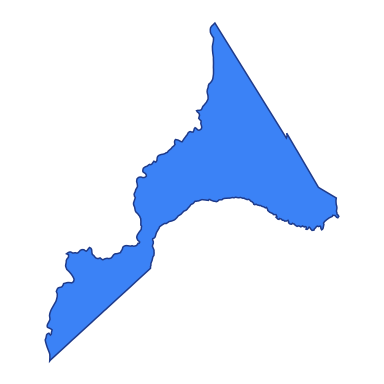 Nova Esperança do Piriá, Pará, Brazil (Robinson projection)
{"feature_id": "56859067B92055501543930", "entity_name": "Nova Esperança do Piriá", "entity_type": "district", "adm_level": 2, "iso_a3": "BRA", "parent_name": "Brazil", "parent_adm1": "Pará", "projection": "robinson", "projection_center": [-46.972, -2.395], "detail": "fine", "context": "isolated", "style": "filled", "palette": "blue", "viewbox_px": 384, "rotation_deg": 0, "n_neighbors": 0, "source": "geoboundaries", "source_scale": "gbopen_adm2", "svg_char_len": 5985}
<svg xmlns="http://www.w3.org/2000/svg" viewBox="0 0 384 384"><path d="M286.7,133.2L287.1,135.8L286.3,138.0L257.3,91.3L219.0,29.7L214.9,23.0L214.0,23.9L213.1,24.8L211.7,26.1L210.6,27.7L210.3,29.3L210.3,30.5L210.4,32.3L211.0,33.8L212.1,35.7L212.7,36.8L213.5,37.4L213.5,39.3L213.4,41.0L213.1,42.6L212.6,45.0L212.4,46.5L212.5,50.3L212.8,53.3L213.1,55.2L213.4,57.2L213.4,59.2L213.5,63.0L213.4,67.5L213.5,69.3L213.5,73.4L213.4,74.7L213.1,76.8L212.8,78.7L212.4,79.8L211.7,81.1L211.1,81.9L210.0,83.2L208.9,84.1L208.3,85.8L208.2,87.2L207.3,89.8L207.1,91.6L207.3,93.1L208.0,95.7L208.1,98.1L208.0,99.2L206.3,102.5L205.4,103.4L204.7,104.4L203.8,105.4L203.0,106.2L202.5,107.1L202.2,108.0L201.5,109.4L200.8,110.0L199.2,110.4L197.9,110.3L196.6,110.7L197.4,112.0L198.5,112.8L199.3,113.9L199.5,115.5L198.7,118.3L199.9,119.8L200.9,120.6L201.1,121.8L200.8,123.2L201.0,124.3L201.6,126.1L201.7,127.6L201.3,128.9L199.6,130.1L198.3,130.2L197.1,129.3L196.3,128.4L195.1,127.7L194.2,128.9L193.9,130.5L193.0,132.1L191.8,132.1L190.5,131.6L189.6,131.7L188.3,132.6L187.6,133.9L187.1,134.9L186.4,135.6L185.8,136.5L183.9,139.0L182.2,141.7L181.2,141.7L178.2,140.1L175.6,139.5L174.9,140.3L174.5,141.8L174.7,143.5L175.0,144.4L173.8,146.0L172.2,147.2L171.4,148.4L168.3,151.0L167.4,152.4L166.0,152.8L165.3,153.4L163.4,154.1L161.1,154.5L159.0,155.3L157.7,156.4L157.2,157.8L156.9,160.6L155.7,162.2L153.9,161.2L152.5,163.1L152.0,163.9L150.8,164.7L149.6,164.4L148.7,164.9L147.2,166.1L145.3,166.8L144.3,167.5L143.4,168.2L143.0,169.3L142.8,170.6L142.9,171.7L143.7,172.4L144.5,172.9L145.5,173.7L146.1,174.6L146.4,176.0L145.6,176.9L144.3,177.5L142.8,177.6L141.4,177.1L140.1,177.0L138.4,177.5L137.0,178.9L136.6,181.2L136.8,182.2L137.2,183.7L137.5,185.8L137.4,186.9L135.7,189.7L135.2,191.7L134.6,192.8L134.1,194.2L134.5,196.3L135.3,197.6L135.0,198.6L134.3,200.7L133.6,202.7L133.5,204.0L133.8,205.3L134.6,207.1L135.2,210.3L135.7,211.7L136.4,212.5L137.6,213.6L139.7,216.3L140.2,217.7L140.7,218.6L140.9,221.7L140.8,225.1L141.6,226.1L141.3,228.1L141.3,229.3L139.1,232.2L137.7,234.4L137.2,235.3L136.7,237.1L136.9,238.2L137.7,240.1L138.6,240.9L139.7,242.0L139.3,243.1L138.0,243.3L137.5,244.4L136.3,245.6L134.6,246.1L133.3,246.2L132.0,245.7L131.1,246.1L130.2,246.1L126.8,245.6L125.3,245.7L123.9,246.3L123.0,247.0L122.6,248.0L122.3,249.3L120.8,251.7L120.5,252.6L119.0,253.1L117.8,253.5L116.7,253.7L115.1,253.8L113.7,254.7L113.1,255.5L112.2,256.8L111.4,257.8L110.2,258.4L108.4,258.6L107.2,258.3L106.0,258.5L104.6,258.9L103.4,259.6L102.4,259.7L101.4,259.0L100.1,257.9L98.1,258.6L96.9,258.4L95.9,258.0L95.0,257.1L93.9,255.7L92.3,254.3L91.9,252.6L91.7,250.1L91.5,249.2L90.8,248.2L89.5,247.5L88.5,248.6L87.3,250.3L86.2,251.2L85.0,250.6L83.9,249.7L82.0,249.6L80.3,250.3L79.4,251.4L77.8,252.9L76.7,253.1L75.3,252.7L73.5,253.0L72.6,253.0L71.2,252.2L70.1,251.9L68.5,252.4L67.7,252.9L66.5,253.8L68.5,254.7L68.5,257.1L66.9,259.1L66.3,260.4L66.2,262.4L65.9,263.9L65.6,265.4L65.7,266.5L66.8,269.4L67.6,270.1L68.5,271.0L69.4,271.9L71.3,274.2L72.0,275.2L72.8,276.5L73.5,277.8L74.0,279.0L74.0,280.0L73.5,281.7L72.7,282.2L71.8,282.9L69.8,282.6L68.6,282.5L67.2,282.6L63.6,283.6L63.0,285.3L61.9,286.8L60.9,287.2L59.3,287.5L58.2,287.9L57.4,288.8L56.3,291.4L57.3,293.9L57.2,296.7L56.9,297.9L56.3,300.3L55.8,301.6L55.2,302.6L52.2,307.9L51.2,309.7L50.6,311.2L50.0,312.9L49.7,314.2L49.5,315.7L49.9,318.2L50.0,319.3L49.3,321.0L47.5,324.4L47.1,326.0L47.5,327.3L50.7,328.8L52.1,329.9L51.4,332.5L51.4,333.9L50.4,335.1L48.9,333.2L47.5,333.8L46.6,334.8L46.0,337.8L45.2,339.9L45.6,342.0L46.5,345.1L47.3,347.5L49.3,352.6L49.8,354.3L49.9,357.2L49.7,361.0L50.5,360.0L68.7,343.3L72.3,339.9L77.1,335.6L79.7,333.2L92.7,321.3L95.7,318.5L100.8,313.9L104.2,310.7L105.9,309.3L107.8,307.5L118.0,298.1L130.2,287.0L136.5,281.1L144.3,274.0L150.5,268.3L150.5,266.5L150.9,265.4L150.9,263.5L152.1,260.3L152.9,256.8L153.9,255.4L154.1,253.0L154.0,251.6L154.0,250.2L153.3,248.4L152.9,247.5L152.4,246.3L152.7,244.8L153.3,243.4L153.3,241.6L152.6,240.0L152.7,238.7L153.9,238.2L154.9,237.3L155.3,236.4L156.1,233.6L156.6,232.3L159.1,228.1L159.6,226.7L162.3,224.8L164.4,223.5L166.3,223.5L168.1,222.3L169.0,221.6L171.6,221.0L174.0,220.1L175.2,219.3L177.0,217.5L178.2,215.9L179.9,214.9L180.8,214.4L183.8,211.2L186.1,210.2L187.3,209.1L188.0,208.1L189.6,206.4L190.7,204.8L191.6,204.1L192.4,203.9L193.3,203.3L195.1,201.2L196.2,201.3L197.4,201.0L198.6,200.9L201.9,199.6L205.4,200.0L208.4,200.4L209.0,199.5L210.0,199.5L210.7,200.1L212.6,200.8L213.4,201.1L215.4,201.4L216.3,201.7L217.5,201.3L219.2,199.8L221.9,199.8L223.1,198.8L224.5,198.4L228.6,198.1L229.9,198.1L232.3,197.5L234.0,197.8L235.7,197.2L237.2,197.6L239.0,197.8L240.3,197.4L243.0,198.3L244.0,198.1L244.8,198.7L247.2,199.6L248.8,199.3L250.1,200.3L250.7,201.1L252.0,201.7L253.5,203.2L253.8,204.3L254.8,204.7L256.1,204.2L257.4,205.0L258.6,205.2L259.7,205.6L260.7,205.5L262.0,206.4L263.0,206.6L264.1,207.0L265.4,207.9L266.5,207.4L267.6,209.4L267.8,210.5L269.7,212.2L271.2,212.9L272.8,213.6L273.4,214.6L276.0,214.6L276.9,216.7L276.0,217.2L278.0,219.2L279.0,219.4L279.6,218.5L281.5,219.2L282.3,220.2L283.7,220.3L284.6,221.1L286.7,221.0L288.0,220.3L288.6,221.6L288.6,222.7L289.5,223.7L290.4,224.1L291.6,224.2L292.4,223.3L293.3,223.8L294.2,224.0L295.2,225.2L297.1,226.4L298.4,225.9L299.7,226.2L300.7,226.9L301.7,226.5L302.4,225.9L304.3,227.0L305.1,226.5L306.2,227.0L306.3,228.1L306.0,229.2L307.0,229.4L307.9,228.8L308.5,227.8L309.1,227.1L310.1,228.0L310.8,229.1L312.0,230.4L313.1,230.3L314.1,230.0L314.3,229.0L315.6,227.8L316.4,226.6L317.4,226.1L318.4,226.6L320.1,226.1L320.7,226.9L320.9,228.4L321.6,229.8L322.4,229.4L323.1,228.2L323.6,225.8L323.9,224.5L323.5,223.1L324.6,221.5L326.7,219.7L329.3,217.8L332.3,216.4L332.7,215.3L335.1,215.5L336.6,217.3L337.8,217.8L338.8,216.4L338.1,215.1L337.0,214.2L336.9,212.7L336.5,211.8L336.5,210.4L336.8,208.9L336.9,207.8L336.7,206.1L336.2,204.4L336.0,201.9L336.0,200.2L336.3,198.0L320.3,188.5L318.4,187.3L297.0,150.7L296.0,149.1L292.8,143.6L286.7,133.2Z" fill="#3b82f6" stroke="#1e3a8a" stroke-width="1.5"/></svg>